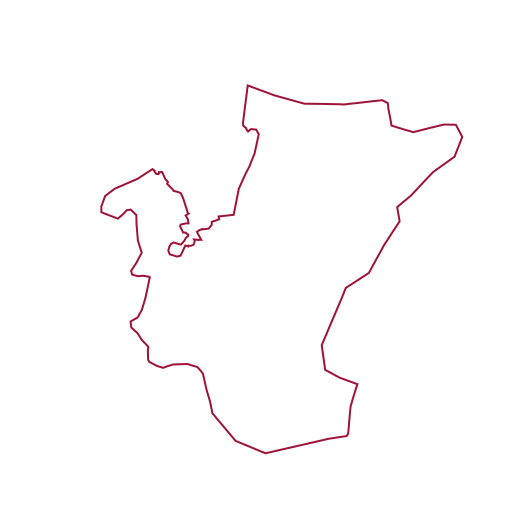 the district of Sanhan wa Bani Bahlul, Sana'a, Yemen, rotated 17°
{"feature_id": "15242507B89205574884990", "entity_name": "Sanhan wa Bani Bahlul", "entity_type": "district", "adm_level": 2, "iso_a3": "YEM", "parent_name": "Yemen", "parent_adm1": "Sana'a", "projection": "mercator", "projection_center": [44.289, 15.226], "detail": "fine", "context": "isolated", "style": "outline", "palette": "rose", "viewbox_px": 512, "rotation_deg": 17, "n_neighbors": 0, "source": "geoboundaries", "source_scale": "gbopen_adm2", "svg_char_len": 4406}
<svg xmlns="http://www.w3.org/2000/svg" viewBox="0 0 512 512"><g transform="rotate(17 256 256)"><path d="M395.1,135.4L400.8,124.0L403.4,120.6L407.3,115.4L416.9,102.9L416.9,101.7L417.8,90.4L418.4,81.8L408.9,72.2L408.7,72.1L407.9,72.3L397.4,75.3L390.8,79.2L386.2,81.9L376.6,87.7L370.5,91.4L370.1,91.6L369.8,91.6L366.3,91.6L362.5,91.7L360.3,91.7L353.2,91.7L347.5,91.7L342.8,82.5L342.1,81.3L340.0,77.3L339.9,77.3L338.5,74.0L337.5,71.8L337.3,71.2L331.2,70.1L321.8,74.1L312.9,78.0L305.5,81.2L300.7,83.2L297.4,84.7L294.6,85.8L292.8,86.1L273.1,91.7L257.8,96.2L226.9,97.0L226.3,97.0L218.3,96.5L214.3,96.3L201.3,95.5L198.2,95.3L200.4,107.9L201.5,114.6L203.7,127.2L204.8,133.4L205.6,134.7L206.5,135.6L208.9,136.4L209.3,136.6L209.5,137.4L212.0,139.3L213.9,136.3L215.5,135.8L216.1,135.7L219.3,135.1L221.4,137.2L223.0,138.7L223.8,147.9L224.6,157.6L224.7,158.2L224.1,164.7L223.9,166.9L223.5,172.6L222.1,179.6L219.9,196.6L222.6,223.2L220.9,223.9L211.7,227.8L208.7,229.1L210.0,231.7L207.6,233.5L205.4,235.1L205.2,235.2L204.0,236.1L203.7,236.3L204.3,238.4L204.4,238.8L204.5,239.3L204.2,240.0L204.0,240.5L203.9,240.7L203.5,241.8L203.4,242.0L203.3,242.3L202.8,243.6L202.2,243.9L199.9,244.9L196.9,246.3L196.7,245.9L195.0,247.3L194.5,247.6L194.4,247.8L193.7,248.5L193.5,248.8L193.0,249.5L192.9,249.6L192.4,250.2L194.5,252.3L195.1,252.9L195.6,253.3L198.9,256.5L197.4,256.9L196.3,257.5L193.5,257.9L191.9,258.3L193.0,259.3L193.1,261.8L193.0,262.5L193.0,263.2L192.7,263.7L191.3,264.9L190.1,265.6L188.9,265.8L188.4,265.8L188.4,266.7L185.4,266.6L185.4,266.8L185.1,268.4L184.4,273.6L183.8,277.7L180.7,279.6L176.9,279.6L173.1,279.6L172.2,278.7L170.5,276.3L170.5,274.6L170.4,273.0L171.1,269.3L172.8,267.7L173.3,267.2L179.8,267.1L180.1,267.1L180.9,266.9L182.1,264.4L182.9,262.6L183.4,260.6L183.4,260.4L183.7,258.9L185.2,256.8L185.1,256.5L185.0,255.4L184.5,255.1L183.8,255.1L182.5,254.7L182.3,254.4L181.9,254.2L181.7,254.4L181.1,254.4L180.3,254.6L180.2,254.6L179.5,254.9L176.9,252.1L174.8,249.9L174.8,248.5L174.8,247.9L176.9,246.8L177.2,246.6L178.9,245.6L179.7,245.2L180.7,244.9L182.0,244.5L181.0,242.7L180.2,241.0L180.1,240.9L179.7,240.4L179.1,239.8L178.3,239.1L177.6,238.5L176.9,237.9L178.7,235.6L179.1,235.2L178.4,235.0L177.0,233.0L169.6,222.3L169.6,222.2L168.0,220.4L165.7,217.9L162.3,217.6L160.3,217.7L158.0,217.8L157.8,217.2L149.9,213.0L150.1,211.5L150.2,211.0L146.9,209.1L144.6,206.5L141.7,203.2L141.4,203.2L141.3,203.3L141.1,203.3L140.8,203.4L140.6,203.5L140.1,203.8L139.9,203.9L139.7,204.1L139.5,204.4L138.7,204.2L138.8,206.1L137.8,206.4L137.2,206.6L136.8,206.7L135.9,206.2L135.0,205.5L134.4,205.0L134.3,204.3L133.9,204.2L133.7,204.0L133.3,204.0L132.8,203.5L132.1,203.4L131.6,203.2L120.1,216.9L111.8,224.0L110.8,224.8L108.4,226.9L101.2,233.0L94.2,242.7L93.6,253.9L95.3,259.3L100.5,259.9L100.6,259.7L102.3,259.9L109.2,260.4L110.7,260.5L112.7,260.7L112.9,260.7L116.4,255.4L119.0,250.0L121.7,248.7L122.5,248.2L129.4,251.7L129.6,251.8L131.7,258.2L133.0,262.0L133.2,262.4L137.6,273.4L138.5,275.7L145.7,286.2L145.7,286.5L143.8,296.4L143.4,298.2L140.9,306.8L141.9,308.2L143.0,310.0L148.9,309.9L153.8,307.9L155.2,307.7L160.3,307.0L160.7,307.6L160.7,307.9L161.9,321.1L162.2,324.9L162.5,328.0L162.5,329.0L162.6,340.5L160.8,349.4L155.2,355.3L157.7,360.9L164.1,363.9L165.3,364.5L171.5,369.8L178.4,373.6L179.5,374.2L180.4,378.6L183.1,386.6L184.8,388.4L190.9,389.6L193.7,390.1L199.8,390.1L203.4,387.4L204.3,386.8L208.0,384.3L208.6,383.9L215.4,381.6L221.7,379.4L221.8,379.4L224.3,379.4L232.4,379.3L233.8,380.2L235.6,381.3L239.5,383.8L241.1,386.6L241.9,387.9L245.6,394.5L247.5,397.9L250.8,402.9L254.6,408.6L260.3,419.2L261.2,419.7L271.6,426.5L272.4,427.0L278.6,431.0L290.1,438.5L290.5,438.8L305.5,440.2L307.5,440.4L313.3,441.0L322.7,441.9L379.2,409.4L389.4,404.5L393.8,402.4L395.4,401.6L395.5,401.0L395.7,400.4L395.9,399.5L396.0,398.9L395.5,396.2L394.9,393.3L393.9,388.8L391.8,378.9L390.8,374.0L390.4,371.8L390.4,368.5L390.4,368.0L390.3,362.1L390.4,349.7L390.4,349.0L390.4,348.9L389.5,348.9L379.0,348.3L371.4,347.9L368.8,347.4L363.7,346.3L357.7,345.1L355.5,344.7L347.7,328.0L344.9,322.0L346.3,309.3L346.5,306.8L349.7,276.6L350.2,272.0L351.2,260.3L368.3,239.9L368.9,239.2L369.5,236.3L370.4,231.6L374.0,214.5L375.2,208.4L375.8,206.4L379.1,194.8L383.2,180.8L378.1,170.7L377.2,168.9L376.7,167.9L377.0,167.5L377.2,167.2L381.8,160.1L382.0,159.9L384.5,156.0L386.4,153.2L392.2,141.4L395.1,135.4Z" fill="none" stroke="#9f1239" stroke-width="2"/></g></svg>